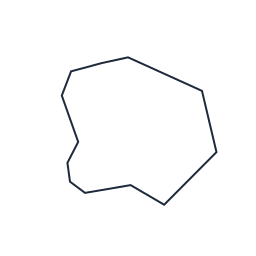 Margilan city, Ferghana, Uzbekistan (Mercator projection), rotated 136°
{"feature_id": "79887680B77286395999691", "entity_name": "Margilan city", "entity_type": "district", "adm_level": 2, "iso_a3": "UZB", "parent_name": "Uzbekistan", "parent_adm1": "Ferghana", "projection": "mercator", "projection_center": [71.731, 40.482], "detail": "fine", "context": "isolated", "style": "outline", "palette": "slate", "viewbox_px": 256, "rotation_deg": 136, "n_neighbors": 0, "source": "geoboundaries", "source_scale": "gbopen_adm2", "svg_char_len": 316}
<svg xmlns="http://www.w3.org/2000/svg" viewBox="0 0 256 256"><g transform="rotate(136 128 128)"><path d="M207.0,129.7L204.0,111.2L165.8,85.1L155.3,47.7L81.1,49.2L49.0,103.3L78.9,178.8L101.7,192.9L129.6,208.3L153.1,197.3L173.5,152.6L195.8,145.0L207.0,129.7Z" fill="none" stroke="#1e293b" stroke-width="2"/></g></svg>